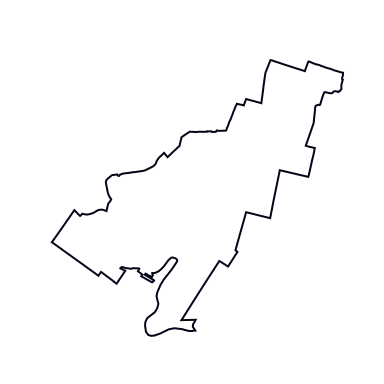 outline of Independenta, Galati, Romania, rotated 10°
{"feature_id": "2599482B33711175707299", "entity_name": "Independenta", "entity_type": "district", "adm_level": 2, "iso_a3": "ROU", "parent_name": "Romania", "parent_adm1": "Galati", "projection": "orthographic", "projection_center": [27.763, 45.478], "detail": "fine", "context": "isolated", "style": "outline", "palette": "ink", "viewbox_px": 384, "rotation_deg": 10, "n_neighbors": 0, "source": "geoboundaries", "source_scale": "gbopen_adm2", "svg_char_len": 5305}
<svg xmlns="http://www.w3.org/2000/svg" viewBox="0 0 384 384"><g transform="rotate(10 192 192)"><path d="M320.0,48.3L319.5,48.3L318.5,48.3L314.7,47.9L312.0,47.6L310.3,47.4L309.6,47.2L309.1,47.1L307.6,46.8L305.1,46.5L303.4,46.4L299.5,45.7L299.0,45.6L297.1,45.4L296.3,45.1L295.4,44.9L294.6,44.8L292.6,44.7L292.3,44.8L292.2,44.7L290.0,44.4L288.1,44.0L287.5,43.8L286.1,43.5L285.6,43.4L284.5,43.2L284.2,43.2L284.0,43.4L283.8,43.6L283.3,46.9L282.7,49.9L282.3,52.4L282.2,53.4L280.3,53.1L278.6,52.9L277.6,52.7L275.6,52.5L274.9,52.4L271.8,52.0L270.8,51.8L268.4,51.5L266.8,51.3L265.2,51.0L263.2,50.8L262.5,50.7L261.2,50.5L259.6,50.3L256.6,49.8L251.3,49.1L250.6,48.9L248.4,48.6L246.4,48.5L244.5,57.6L243.7,61.3L243.7,66.1L244.0,73.5L244.0,75.0L244.2,77.2L244.5,83.7L244.9,92.5L244.3,92.4L241.7,92.2L241.2,92.1L240.7,92.1L240.3,92.1L240.0,92.0L239.5,92.0L239.3,92.0L238.0,91.8L237.6,91.8L235.2,91.6L233.7,91.5L231.0,91.2L230.1,91.1L229.4,91.0L229.2,91.0L228.1,96.7L228.0,97.7L224.4,97.5L220.9,97.3L220.7,98.5L220.3,99.0L219.2,104.4L219.0,104.9L218.5,108.2L217.8,111.5L217.5,113.4L217.3,114.1L217.0,114.8L216.6,116.6L216.5,117.0L216.4,117.8L216.2,118.8L216.0,120.3L215.9,120.7L215.6,121.9L215.3,122.9L215.3,123.5L214.9,125.5L214.6,125.7L214.2,125.8L213.6,125.9L209.8,126.7L208.8,127.0L207.2,127.2L206.6,127.2L206.4,127.1L205.9,127.0L205.6,127.5L205.5,127.8L205.4,128.0L205.3,128.3L205.1,128.4L205.0,128.5L204.8,128.4L204.7,128.4L204.5,128.6L204.4,128.7L204.3,128.8L204.1,128.8L203.8,128.8L203.1,129.2L202.4,129.2L201.5,129.3L201.1,129.3L200.8,129.3L200.6,128.9L196.3,129.6L196.2,130.1L195.6,130.2L191.1,131.0L190.7,131.0L189.6,131.2L189.2,131.2L187.7,131.7L186.9,131.8L186.0,132.2L179.3,133.0L172.2,139.8L171.7,148.7L166.6,155.5L161.9,161.9L157.7,158.3L157.0,159.3L156.4,160.2L156.0,160.7L154.4,162.8L154.2,163.1L153.7,163.7L153.3,164.4L152.9,165.1L152.5,166.2L152.1,166.8L151.9,167.5L151.8,168.2L151.6,168.9L151.5,169.6L151.3,170.3L151.2,170.7L150.9,171.2L150.5,171.9L150.0,172.6L149.8,172.9L149.5,173.3L149.1,173.6L147.7,174.7L146.2,175.8L144.8,176.8L143.3,177.9L141.8,178.9L141.2,179.3L140.9,179.4L140.3,179.6L138.7,180.2L137.1,180.7L135.5,181.2L133.9,181.8L132.6,182.2L131.9,182.4L131.4,182.5L131.1,182.6L130.3,182.8L129.1,183.3L128.8,183.3L127.5,183.8L126.1,184.3L124.6,184.7L123.8,184.9L123.2,185.1L122.4,185.4L122.0,185.5L121.1,185.8L120.7,185.9L120.2,186.1L119.9,186.3L119.7,186.6L119.5,186.8L119.3,186.9L118.9,187.0L118.5,187.1L118.3,187.3L118.1,187.4L117.9,187.7L117.8,187.9L117.7,188.3L117.5,188.6L117.4,188.8L117.1,188.9L116.9,188.9L116.7,188.9L116.4,188.8L116.3,188.7L116.1,188.6L115.9,188.3L115.8,188.2L115.7,188.2L115.3,187.8L115.2,187.7L115.0,187.8L114.1,188.1L113.2,188.4L111.1,189.0L110.3,189.3L110.0,189.6L105.8,194.6L105.4,196.6L105.5,197.4L105.9,198.6L106.5,200.4L107.7,203.3L108.6,205.7L109.5,207.8L110.4,209.4L111.5,210.9L113.7,213.2L113.2,214.9L111.5,218.1L111.1,225.6L107.2,224.9L104.2,225.5L102.5,226.3L98.3,229.9L95.2,231.5L92.3,232.5L89.8,232.6L87.7,232.5L86.4,234.6L85.9,235.0L84.0,233.7L82.9,232.9L79.3,230.3L78.8,231.3L78.4,232.3L76.5,236.3L75.7,238.2L74.4,240.9L74.3,241.0L72.5,245.1L70.6,249.1L70.5,249.3L66.7,257.5L62.7,265.8L63.0,265.9L83.5,275.8L95.6,281.6L97.0,282.2L98.9,283.2L114.4,290.7L116.3,286.5L130.6,293.7L130.6,293.9L133.7,295.4L135.4,291.5L139.3,282.7L139.9,281.2L134.7,279.6L134.8,279.2L135.5,279.0L135.9,278.1L136.2,278.1L137.6,278.0L139.6,278.5L140.4,278.5L141.6,278.3L145.6,278.2L146.9,277.3L150.1,276.9L152.6,276.5L153.4,276.7L152.5,279.4L157.5,282.0L156.6,283.8L163.1,286.1L168.4,287.9L170.1,285.9L169.8,285.5L159.8,281.6L160.5,280.4L163.5,281.6L167.3,282.6L167.9,280.7L167.2,279.8L166.9,278.8L169.7,278.1L172.9,275.9L175.3,273.0L177.2,270.1L180.7,263.1L182.5,260.9L183.1,260.2L184.2,259.9L185.8,260.0L186.8,260.1L188.1,260.5L189.1,261.4L189.4,262.6L188.7,264.6L185.3,272.2L179.3,283.3L177.1,289.0L175.2,297.1L175.2,300.8L176.6,304.1L178.3,307.9L178.0,312.2L176.3,316.8L172.0,321.5L169.8,324.1L168.7,327.9L168.8,330.3L169.1,332.2L170.9,337.5L173.5,340.2L176.5,340.8L180.3,339.8L181.4,339.0L185.0,337.1L193.1,331.2L198.5,329.2L205.9,328.8L211.0,329.3L212.7,329.4L215.2,329.1L219.3,327.9L218.5,327.0L216.2,324.6L216.0,322.4L216.2,321.8L217.0,319.7L217.6,317.9L217.8,317.2L210.9,318.6L203.9,320.0L214.6,293.9L221.1,278.3L230.9,255.2L240.5,259.1L246.7,244.2L247.2,243.2L244.9,241.7L248.8,202.5L273.5,204.2L273.7,194.4L273.8,186.8L274.0,179.5L274.7,155.3L287.1,156.0L296.2,156.5L303.8,156.9L304.1,154.8L304.3,150.9L304.7,141.5L304.7,139.6L304.8,139.4L305.2,133.6L305.2,131.2L305.2,130.9L305.3,127.4L300.5,127.1L299.8,127.1L298.0,126.9L296.0,126.7L297.9,115.1L299.6,104.5L299.8,103.5L299.8,102.8L298.6,86.1L299.2,85.4L299.8,85.1L300.4,84.5L301.3,84.2L301.7,84.1L302.5,84.2L302.8,84.0L303.0,83.7L303.1,83.4L303.4,80.9L303.6,78.9L304.2,74.6L304.4,73.3L305.0,70.8L305.5,70.6L307.7,70.6L310.5,70.8L311.8,70.6L313.2,70.1L313.7,68.9L314.0,68.5L314.6,68.2L315.1,68.0L315.6,67.9L315.9,67.8L316.4,67.8L317.4,67.9L318.7,68.1L318.9,67.5L319.5,67.4L319.8,67.2L320.1,67.0L320.3,66.7L320.4,66.2L320.7,65.5L320.9,65.2L321.0,65.0L321.3,64.4L321.1,63.9L320.9,62.8L320.6,61.6L320.6,58.8L320.8,57.3L321.0,55.4L321.0,55.2L320.9,55.2L320.7,55.1L320.4,55.1L320.0,53.7L320.0,53.1L320.2,52.3L320.3,51.5L320.4,50.9L320.0,48.6L320.0,48.3Z" fill="none" stroke="#020617" stroke-width="2"/></g></svg>